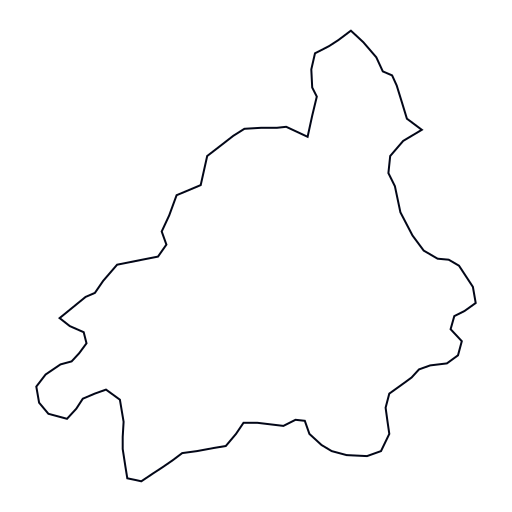 outline of Galateia, Cyprus
{"feature_id": "46923920B49628554196420", "entity_name": "Galateia", "entity_type": "district", "adm_level": 2, "iso_a3": "CYP", "parent_name": "Cyprus", "parent_adm1": "", "projection": "equal_earth", "projection_center": [34.075, 35.428], "detail": "fine", "context": "isolated", "style": "outline", "palette": "ink", "viewbox_px": 512, "rotation_deg": 0, "n_neighbors": 0, "source": "geoboundaries", "source_scale": "gbopen_adm2", "svg_char_len": 1368}
<svg xmlns="http://www.w3.org/2000/svg" viewBox="0 0 512 512"><path d="M36.3,386.6L39.1,402.7L48.4,413.8L67.0,418.8L76.3,408.7L82.8,398.7L94.8,393.6L106.0,389.6L119.9,399.7L123.6,421.8L122.7,436.9L122.7,449.0L125.5,467.2L127.3,478.3L136.0,480.1L141.3,481.3L153.4,473.2L162.6,467.2L172.9,460.1L182.2,453.1L197.0,451.1L213.7,448.0L225.8,446.0L236.0,433.9L243.5,422.8L257.4,422.8L283.4,425.9L295.5,419.8L304.8,420.8L309.4,433.9L321.5,445.0L331.7,451.1L346.6,455.1L367.0,456.1L381.0,451.1L389.3,433.9L387.4,420.8L385.6,407.7L389.3,393.6L400.5,385.6L411.6,377.5L419.0,369.4L430.2,365.4L446.9,363.4L458.0,355.3L461.8,341.2L450.6,329.2L454.3,316.1L464.5,311.0L475.7,303.0L472.9,286.9L459.0,265.7L448.7,259.7L437.6,258.7L423.7,250.6L412.5,235.5L400.4,212.3L394.9,186.2L388.4,173.1L390.2,156.0L403.2,140.9L421.8,129.8L406.9,118.7L402.3,103.6L396.7,85.5L392.1,75.4L382.8,71.4L376.3,57.3L363.3,42.2L350.9,30.7L350.3,31.1L338.2,40.2L328.9,46.2L315.0,53.3L311.3,69.4L312.2,87.5L316.8,96.6L312.2,115.7L307.6,136.8L286.2,126.8L276.9,127.8L261.1,127.8L244.4,128.8L233.3,135.8L220.3,145.9L207.2,156.0L200.7,185.1L176.6,195.2L169.2,215.4L161.7,231.5L166.4,244.6L158.0,256.6L142.2,259.7L117.1,264.7L103.2,280.8L94.9,292.9L85.6,296.9L59.6,318.1L69.8,326.1L83.7,332.2L86.5,343.3L79.1,353.3L71.6,361.4L60.5,364.4L45.6,374.5L36.3,386.6Z" fill="none" stroke="#020617" stroke-width="2"/></svg>